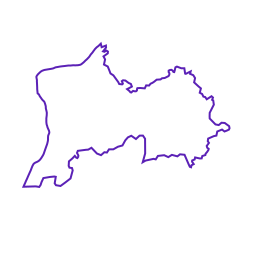 outline of Quebracho, Paysandú, Uruguay, rotated 11°
{"feature_id": "84410073B73193959772066", "entity_name": "Quebracho", "entity_type": "district", "adm_level": 2, "iso_a3": "URY", "parent_name": "Uruguay", "parent_adm1": "Paysandú", "projection": "albers", "projection_center": [-57.976, -31.953], "detail": "fine", "context": "isolated", "style": "outline", "palette": "violet", "viewbox_px": 256, "rotation_deg": 11, "n_neighbors": 0, "source": "geoboundaries", "source_scale": "gbopen_adm2", "svg_char_len": 3537}
<svg xmlns="http://www.w3.org/2000/svg" viewBox="0 0 256 256"><g transform="rotate(11 128 128)"><path d="M194.5,152.1L196.1,154.3L197.4,154.5L197.4,152.5L199.4,150.9L197.3,148.8L197.2,147.6L199.4,146.2L199.5,144.1L204.3,144.2L206.1,143.8L206.3,141.3L209.1,139.8L209.1,138.4L210.2,136.5L211.1,134.3L211.2,133.1L209.5,132.2L208.7,130.6L210.3,127.2L208.8,125.7L208.7,123.1L213.8,119.6L216.2,118.6L216.3,114.4L220.6,111.6L223.4,113.0L225.5,111.7L227.4,110.3L227.7,108.8L226.9,106.9L222.0,104.6L218.8,105.0L216.5,107.8L213.2,107.8L206.4,103.1L205.9,101.1L205.3,97.5L207.8,88.7L206.4,84.7L205.2,84.3L205.6,81.9L203.9,80.9L199.8,84.8L197.9,82.9L196.0,82.8L194.3,80.5L191.7,79.7L192.0,75.2L189.4,73.8L184.2,70.6L184.3,66.2L182.0,63.7L178.6,63.0L178.7,60.5L174.4,63.8L173.7,63.7L171.9,58.6L169.0,59.2L164.3,58.4L163.0,59.4L162.9,61.1L162.9,62.4L162.7,64.3L161.9,64.3L160.9,63.2L159.6,62.6L158.2,63.0L157.0,63.9L157.2,65.3L158.2,66.4L158.4,67.8L157.9,69.3L154.5,71.9L151.9,72.7L150.7,74.1L146.9,75.1L144.9,77.5L143.4,79.0L141.7,80.2L140.6,82.3L137.7,82.7L136.9,85.9L132.3,86.4L129.6,87.1L129.4,88.1L129.6,89.3L129.3,90.0L128.7,90.5L127.2,90.7L125.9,90.6L125.4,91.2L124.5,92.5L123.6,92.5L122.3,91.4L119.7,90.0L122.0,88.2L123.9,86.6L122.4,84.2L120.1,83.7L117.6,82.5L116.4,81.9L114.0,82.1L113.0,83.2L113.7,84.2L114.5,85.5L113.9,86.3L111.0,86.5L109.7,84.8L103.6,79.1L100.4,77.8L98.6,74.9L96.4,71.5L92.3,70.3L92.4,65.0L90.3,62.4L93.9,58.6L93.7,56.8L92.0,56.1L90.3,57.7L88.9,57.5L91.1,53.3L90.6,51.3L86.7,53.7L85.2,50.4L84.5,51.4L84.0,52.2L83.1,53.4L81.9,54.7L81.1,55.9L80.4,57.0L79.9,58.2L79.5,58.9L79.0,60.1L78.6,60.9L78.1,61.8L77.6,62.6L77.1,63.7L76.6,65.0L75.9,66.3L75.4,67.0L75.0,67.7L74.0,69.1L73.4,69.8L72.7,70.9L71.8,72.2L71.0,73.1L70.2,74.1L69.3,74.9L68.2,75.4L66.9,75.9L64.5,76.5L62.1,76.9L59.5,77.7L57.4,78.1L55.9,78.6L53.8,79.3L51.5,80.0L49.4,80.7L47.4,81.5L45.5,82.2L44.4,82.9L43.5,83.6L42.0,84.3L40.4,84.9L38.5,85.6L34.8,87.0L32.8,88.2L31.7,89.2L30.7,90.5L29.2,92.7L29.0,93.2L28.7,93.8L28.5,94.3L28.4,94.7L28.3,95.1L28.4,95.6L28.6,96.2L29.4,98.2L29.6,99.1L29.7,99.8L29.9,100.5L30.7,103.8L31.2,105.9L31.4,107.0L31.6,107.7L32.0,109.0L32.4,110.3L32.7,111.3L34.1,112.0L35.4,113.7L35.6,113.9L36.8,115.0L38.0,116.2L39.0,117.0L40.6,118.0L41.1,118.6L42.1,120.3L43.1,122.3L43.6,124.4L44.7,126.8L45.4,128.5L45.6,129.8L45.8,131.1L45.9,132.6L46.0,134.1L46.3,135.6L46.7,137.7L47.3,139.6L47.6,140.3L48.3,141.5L48.8,142.6L49.6,143.8L51.0,145.8L51.3,146.5L51.6,147.3L51.6,148.4L51.3,149.6L51.1,151.0L51.4,153.2L51.7,154.6L51.8,155.6L51.8,156.6L51.7,159.1L51.3,161.7L50.8,165.0L50.4,167.9L50.2,169.4L49.8,170.9L48.7,173.8L47.8,175.7L46.6,177.4L45.2,178.6L43.6,179.7L43.0,180.3L42.6,180.7L42.2,181.3L42.1,181.5L41.9,182.1L41.5,183.3L41.1,185.3L40.6,188.2L40.1,190.2L39.6,192.4L39.0,195.0L38.6,196.9L37.9,199.7L37.5,201.7L37.0,203.7L36.6,205.6L48.6,202.9L52.1,202.8L53.1,200.5L53.4,197.8L54.5,193.3L60.6,191.0L64.9,189.7L66.4,189.7L66.6,196.3L68.2,197.9L72.8,197.8L76.8,193.5L81.2,188.5L81.8,180.2L80.7,178.0L78.1,178.1L77.0,176.5L76.4,172.0L79.2,168.5L81.1,165.5L82.9,167.0L84.0,167.2L84.6,165.9L84.5,164.4L82.7,162.2L83.1,160.0L90.9,157.4L93.1,156.8L95.9,154.4L102.4,159.0L106.7,159.8L109.4,156.3L112.0,156.1L113.4,152.6L117.7,151.7L121.7,148.3L125.9,146.2L127.7,140.6L129.7,137.2L132.7,135.0L137.9,137.3L140.8,133.3L144.1,132.6L146.8,135.3L149.7,149.7L149.0,158.8L151.5,156.6L159.0,153.4L161.2,153.5L162.7,149.7L168.7,147.8L173.1,148.9L176.2,146.0L181.9,146.4L184.1,143.9L188.6,143.5L194.5,152.1Z" fill="none" stroke="#5b21b6" stroke-width="2"/></g></svg>